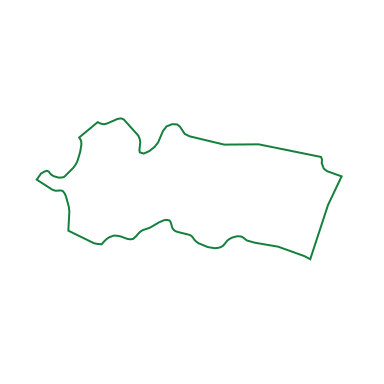 SVG path tracing the border of Ascoli Piceno, rotated 34°
{"feature_id": "ITA-5431", "entity_name": "Ascoli Piceno", "entity_type": "Province", "adm_level": 1, "iso_a3": "ITA", "parent_name": "Italy", "parent_adm1": "", "projection": "albers", "projection_center": [13.465, 42.882], "detail": "fine", "context": "isolated", "style": "outline", "palette": "green", "viewbox_px": 384, "rotation_deg": 34, "n_neighbors": 0, "source": "natural_earth", "source_scale": "10m", "svg_char_len": 1583}
<svg xmlns="http://www.w3.org/2000/svg" viewBox="0 0 384 384"><g transform="rotate(34 192 192)"><path d="M307.3,95.4L312.0,126.6L327.6,181.6L321.1,182.3L293.9,189.2L272.5,198.9L264.6,201.5L258.9,201.1L256.6,201.9L254.2,203.4L250.8,207.3L249.4,209.9L248.5,212.3L248.1,217.0L247.8,219.0L247.1,220.8L246.1,222.3L245.0,223.6L242.4,225.8L236.0,228.8L225.7,230.9L222.8,230.7L220.8,230.3L217.4,229.0L215.5,228.7L213.1,229.2L202.6,233.1L200.1,233.7L198.0,233.6L196.3,233.0L194.9,232.1L192.4,229.9L190.9,228.8L189.3,228.2L187.0,229.0L184.7,230.9L181.5,235.8L177.3,244.7L176.4,246.1L173.2,250.2L172.2,251.7L171.5,253.4L170.9,255.5L170.4,259.9L169.9,262.0L169.4,263.9L167.5,265.6L164.7,267.0L158.5,268.5L154.8,269.9L151.6,271.8L148.7,275.8L147.5,278.8L146.9,281.5L146.3,285.9L142.5,288.0L139.3,289.3L111.1,293.2L101.2,276.7L98.3,273.3L90.1,266.2L87.0,264.3L84.5,263.5L83.3,263.7L82.2,264.2L78.3,267.2L76.6,267.8L74.7,268.2L56.4,268.6L56.5,261.1L58.3,257.5L59.9,255.5L62.0,255.2L63.7,255.9L65.9,256.4L68.6,256.2L73.3,254.7L75.7,253.0L77.3,251.4L77.8,249.9L80.0,238.7L80.2,235.9L80.1,233.4L79.9,231.5L79.0,227.9L76.7,220.9L73.8,214.6L72.8,213.2L71.7,211.9L70.7,211.1L68.0,209.9L74.7,186.9L78.2,186.3L80.9,185.2L83.1,183.0L89.4,173.1L91.9,170.7L94.9,170.0L115.9,175.3L118.7,177.0L121.3,179.7L125.1,186.9L126.6,188.3L130.5,187.1L133.7,182.0L135.8,175.4L136.2,169.9L133.8,157.5L134.2,151.9L137.7,146.8L141.9,144.3L145.3,144.5L153.5,147.9L158.8,147.2L192.2,134.7L220.6,115.2L279.4,90.8L281.6,92.4L283.5,95.6L288.1,98.9L292.3,99.2L307.3,95.4Z" fill="none" stroke="#15803d" stroke-width="2"/></g></svg>